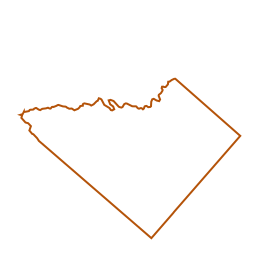 outline of Val Verde, Texas, United States of America, rotated 131°
{"feature_id": "52423323B42666839171000", "entity_name": "Val Verde", "entity_type": "district", "adm_level": 2, "iso_a3": "USA", "parent_name": "United States of America", "parent_adm1": "Texas", "projection": "equal_earth", "projection_center": [-101.192, 29.763], "detail": "fine", "context": "isolated", "style": "outline", "palette": "amber", "viewbox_px": 256, "rotation_deg": 131, "n_neighbors": 0, "source": "geoboundaries", "source_scale": "gbopen_adm2", "svg_char_len": 1573}
<svg xmlns="http://www.w3.org/2000/svg" viewBox="0 0 256 256"><g transform="rotate(131 128 128)"><path d="M162.5,38.1L161.0,38.2L156.8,38.2L60.3,38.1L59.8,124.6L60.6,125.4L63.1,126.5L65.8,127.1L66.7,128.0L68.9,126.5L72.4,126.5L73.4,127.6L73.7,128.6L74.5,129.4L75.9,128.7L76.5,126.9L77.1,126.5L80.0,126.0L82.7,126.5L83.6,126.0L85.4,122.5L87.3,122.1L88.5,124.5L89.1,127.7L90.4,128.5L92.9,127.7L96.5,124.9L97.5,125.0L99.0,126.4L99.2,128.5L100.1,129.3L100.8,129.6L102.9,128.8L104.1,129.0L104.1,130.7L104.8,131.6L106.0,132.2L106.5,132.9L106.6,134.1L106.3,135.8L106.5,136.3L108.8,139.0L110.3,144.9L111.0,145.9L112.5,146.5L115.7,145.9L116.8,146.3L117.5,147.5L118.0,148.9L117.1,156.6L118.2,159.6L119.8,160.7L121.8,157.0L121.5,153.3L122.9,150.7L125.1,151.5L125.7,152.7L125.1,155.1L126.1,161.1L123.9,166.7L124.0,167.9L124.7,169.5L127.3,168.7L128.3,169.2L132.7,169.5L135.2,170.5L135.4,172.3L138.0,177.0L139.0,177.6L139.8,177.6L140.8,176.7L142.7,178.4L144.2,178.1L146.3,178.3L149.8,180.1L150.2,183.2L152.0,185.0L152.7,187.7L152.6,188.3L152.8,189.1L154.4,191.3L156.2,195.6L157.0,196.2L158.1,196.5L161.0,198.0L161.2,198.5L162.1,199.2L164.1,199.2L164.8,200.1L165.2,201.7L167.0,202.8L169.8,205.3L172.1,206.0L172.7,207.5L173.1,210.4L173.5,210.8L175.0,211.5L176.0,211.5L177.0,212.3L178.3,213.7L178.9,214.0L180.3,213.9L183.6,216.5L184.0,217.2L183.9,217.3L186.6,216.6L188.7,217.9L188.0,216.2L190.3,215.1L191.1,209.0L189.9,206.5L190.3,202.5L194.6,200.8L195.3,196.4L194.8,195.4L195.3,189.9L196.2,186.8L196.1,151.8L195.8,38.1L162.5,38.1Z" fill="none" stroke="#b45309" stroke-width="2"/></g></svg>